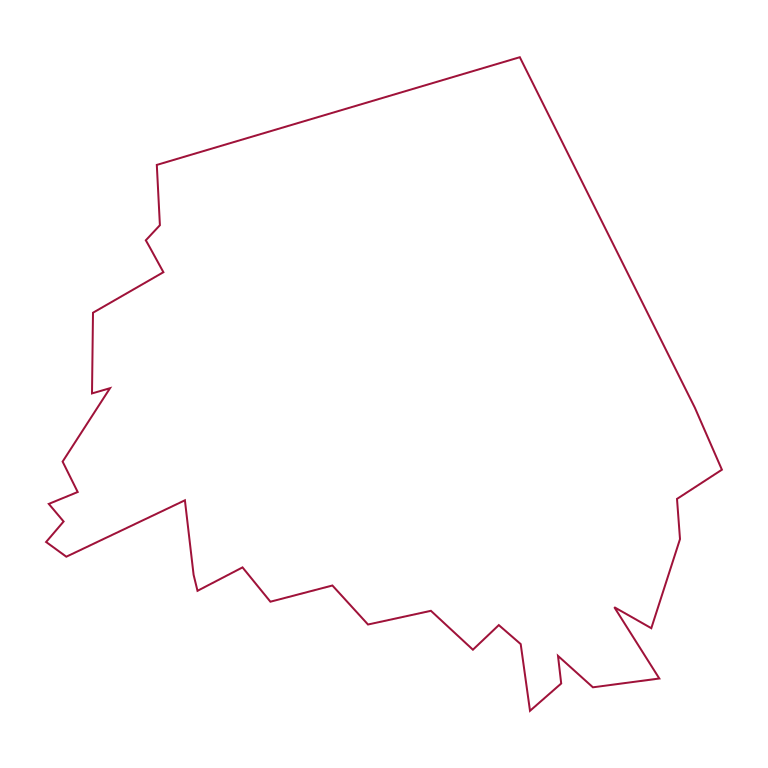 the district of Clark, Kentucky, United States of America
{"feature_id": "52423323B29172406843772", "entity_name": "Clark", "entity_type": "district", "adm_level": 2, "iso_a3": "USA", "parent_name": "United States of America", "parent_adm1": "Kentucky", "projection": "albers", "projection_center": [-84.177, 37.969], "detail": "fine", "context": "isolated", "style": "outline", "palette": "rose", "viewbox_px": 768, "rotation_deg": 0, "n_neighbors": 0, "source": "geoboundaries", "source_scale": "gbopen_adm2", "svg_char_len": 574}
<svg xmlns="http://www.w3.org/2000/svg" viewBox="0 0 768 768"><path d="M659.3,678.5L614.3,607.2L651.3,628.2L680.0,539.1L677.0,498.9L721.9,469.7L694.9,407.8L519.8,57.2L156.8,164.9L159.9,225.2L145.8,240.3L149.6,247.0L163.4,272.2L93.0,312.7L92.0,393.4L110.0,388.2L62.6,461.6L77.7,492.0L48.8,503.9L63.6,521.5L46.1,542.0L66.3,556.7L184.9,500.3L193.6,574.8L197.5,590.8L242.5,567.4L270.4,601.7L332.4,585.5L368.0,624.5L430.9,610.8L472.9,649.7L498.8,625.1L520.7,644.1L530.0,710.8L561.2,683.5L558.0,655.9L592.9,687.3L659.3,678.5Z" fill="none" stroke="#9f1239" stroke-width="2"/></svg>